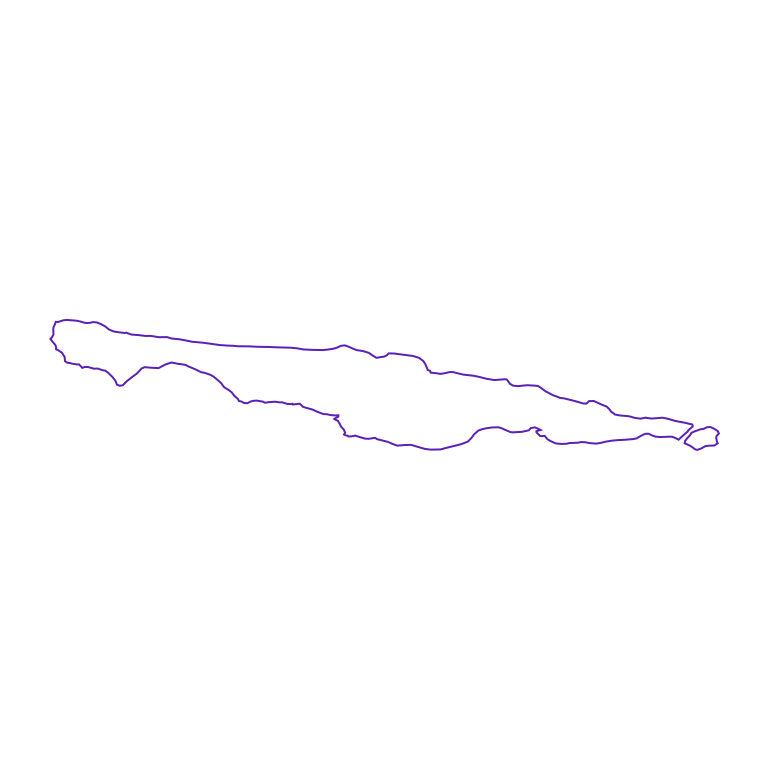 outline of Sainte Marie, Analanjirofo, Madagascar, rotated 253°
{"feature_id": "10022922B25342620887316", "entity_name": "Sainte Marie", "entity_type": "district", "adm_level": 2, "iso_a3": "MDG", "parent_name": "Madagascar", "parent_adm1": "Analanjirofo", "projection": "orthographic", "projection_center": [49.903, -16.911], "detail": "fine", "context": "isolated", "style": "outline", "palette": "violet", "viewbox_px": 768, "rotation_deg": 253, "n_neighbors": 0, "source": "geoboundaries", "source_scale": "gbopen_adm2", "svg_char_len": 4864}
<svg xmlns="http://www.w3.org/2000/svg" viewBox="0 0 768 768"><g transform="rotate(253 384 384)"><path d="M525.5,79.8L524.6,78.2L521.2,79.4L517.6,81.1L514.8,81.2L513.7,80.6L512.8,80.7L511.9,82.1L509.8,83.7L508.0,85.2L503.2,86.5L499.1,85.6L498.2,86.3L496.9,87.4L496.3,88.7L495.9,89.7L494.4,92.1L493.6,93.8L492.3,96.5L492.0,98.0L487.6,100.3L487.8,102.6L486.7,106.1L483.4,111.2L483.3,111.7L482.4,114.8L479.7,118.6L478.3,121.3L475.2,123.6L470.1,126.4L465.1,128.2L461.5,128.4L459.5,130.9L459.2,134.0L461.0,137.1L462.1,139.4L464.2,144.9L466.2,150.6L469.7,156.7L470.1,159.9L467.1,167.5L465.1,173.1L465.8,176.5L466.6,181.0L466.7,186.2L466.6,187.3L465.5,189.2L464.7,190.8L463.3,193.3L462.0,196.3L460.4,199.7L458.4,201.6L455.1,205.6L452.3,208.9L448.8,212.5L447.0,215.9L444.0,220.1L441.0,223.1L435.5,226.7L432.3,228.6L430.0,229.3L427.4,230.4L424.3,233.2L420.6,235.9L416.9,237.2L412.6,239.8L410.0,240.4L409.1,242.3L406.7,244.7L405.6,247.7L406.2,251.1L406.2,253.7L405.3,257.5L402.4,263.3L401.1,264.4L400.7,265.6L400.3,268.8L399.7,271.3L398.9,274.7L397.7,277.3L397.1,278.4L396.4,280.9L395.4,282.5L394.8,283.5L393.9,284.7L393.1,285.9L392.7,287.3L392.0,289.0L391.8,290.8L391.1,290.8L390.8,292.0L389.8,297.7L385.7,300.0L383.8,302.9L380.5,308.1L376.6,312.5L373.0,317.2L371.7,320.7L369.9,323.8L368.2,328.1L367.4,331.2L366.1,330.8L365.7,328.5L365.1,326.3L363.6,327.6L362.3,329.2L358.4,330.1L355.9,330.4L352.2,332.2L348.8,332.6L347.4,331.0L346.3,332.0L345.0,334.3L344.2,334.7L343.5,337.3L343.3,339.0L343.0,339.8L343.2,341.2L340.3,345.3L337.3,349.9L336.0,353.6L335.5,357.4L335.0,360.0L333.4,361.0L330.6,365.7L327.4,371.0L324.3,374.5L321.2,378.6L319.4,386.7L317.9,392.1L314.1,397.8L310.0,404.1L307.7,409.2L307.2,410.8L304.9,418.9L304.7,425.0L304.2,434.0L303.9,440.2L304.4,447.4L306.9,452.0L309.6,455.6L311.9,460.6L312.1,464.3L311.8,468.7L310.8,474.8L309.2,480.7L307.5,483.3L304.7,486.5L301.1,490.8L300.2,492.7L299.2,496.8L297.9,502.1L297.4,509.0L298.9,511.4L298.4,515.7L296.1,518.3L294.3,520.3L294.3,516.7L294.3,515.9L293.2,515.7L291.4,516.6L288.7,518.1L288.0,519.6L287.4,522.6L285.9,523.1L283.2,524.3L281.0,526.3L277.1,530.7L274.9,535.9L273.5,541.0L273.3,544.2L271.2,552.0L270.8,555.8L269.4,559.6L267.3,563.5L264.9,569.7L264.3,574.5L264.0,579.5L263.4,583.9L263.0,586.4L261.9,591.5L260.2,598.2L258.6,605.6L258.1,609.5L259.3,614.5L260.0,619.1L259.2,622.2L257.9,623.8L256.0,625.8L254.2,628.5L252.5,632.6L251.7,635.8L250.8,639.1L250.1,641.9L249.3,644.1L247.7,646.2L245.9,648.2L244.6,649.5L245.4,651.0L247.1,654.5L248.5,657.5L249.5,660.0L251.1,662.2L253.0,666.7L254.2,667.0L255.1,667.0L255.5,666.4L257.0,663.7L258.5,661.3L260.6,657.3L261.6,655.3L263.9,651.1L266.0,648.0L268.6,643.8L270.3,640.6L271.6,634.9L272.7,629.8L274.8,625.2L275.3,624.6L275.7,620.8L275.8,619.4L277.8,614.8L279.2,612.4L280.4,610.8L281.8,608.2L284.7,601.0L285.4,599.5L287.2,596.1L291.2,593.1L294.3,592.0L297.2,590.4L301.1,585.6L304.5,581.9L306.4,579.7L307.7,575.0L306.5,572.9L306.1,571.6L307.2,568.7L310.9,563.1L314.1,557.9L317.8,551.6L319.3,548.2L320.8,546.5L323.9,542.3L328.4,537.8L328.8,537.4L329.2,536.8L333.7,533.5L337.0,530.8L338.2,528.1L340.8,521.1L341.0,520.3L341.7,517.0L342.8,511.4L344.6,507.1L347.1,504.7L352.5,502.7L353.2,501.0L355.5,490.7L356.8,488.1L359.1,483.4L362.9,477.2L365.8,471.9L368.0,466.7L370.0,462.2L373.0,457.1L375.3,453.4L376.2,450.3L376.5,445.9L377.1,441.1L379.2,436.8L380.5,433.6L381.3,431.9L382.0,432.0L383.2,431.8L383.8,431.0L384.7,429.9L387.2,429.7L389.1,429.6L391.0,429.3L394.5,428.3L398.8,425.1L402.5,419.6L403.5,417.3L405.5,412.9L408.0,407.4L410.0,403.1L411.9,397.5L410.5,394.7L410.2,391.9L411.3,384.4L414.8,381.3L418.2,378.6L421.6,373.6L424.3,368.0L426.4,365.2L430.0,361.1L431.3,359.3L432.4,357.8L433.1,354.0L432.5,349.6L432.5,346.3L433.3,340.6L434.3,335.5L435.9,330.6L437.5,325.7L440.7,316.8L443.6,311.2L445.9,305.6L446.7,303.3L449.8,294.0L452.1,287.4L453.1,284.6L456.6,273.8L459.7,265.3L461.3,260.1L462.8,255.4L463.9,252.7L464.8,250.5L466.7,245.0L469.4,238.0L471.8,232.9L474.1,228.0L474.8,226.4L476.5,222.7L478.7,217.3L480.3,213.3L483.8,206.8L486.5,201.6L489.6,194.2L492.3,190.2L494.6,182.3L498.0,175.5L499.7,169.9L502.4,163.9L505.1,157.0L507.2,154.1L508.4,152.7L508.7,150.4L509.1,149.8L511.8,143.8L513.4,140.7L516.4,137.0L520.5,134.3L523.9,131.0L526.9,127.3L528.4,123.4L528.4,121.1L529.0,118.4L529.9,115.9L532.6,111.8L534.5,108.3L536.4,103.5L538.0,99.5L538.7,95.7L538.6,93.5L538.7,90.1L539.4,88.3L536.9,86.4L535.5,85.0L533.9,84.0L530.6,83.1L527.8,82.3L525.5,79.8ZM247.6,683.3L248.2,680.0L247.6,676.3L248.2,673.3L248.0,670.2L247.9,667.4L247.4,663.8L245.5,661.6L243.8,658.6L241.6,655.4L239.4,654.2L237.5,656.4L235.3,658.8L233.1,660.6L230.5,662.5L229.4,664.4L229.6,668.7L230.6,673.1L229.8,677.7L229.4,678.7L228.6,682.1L229.8,685.8L231.1,685.6L232.8,685.6L235.5,686.0L237.0,686.8L238.8,689.8L241.4,689.4L244.6,686.7L247.6,683.3Z" fill="none" stroke="#5b21b6" stroke-width="2"/></g></svg>